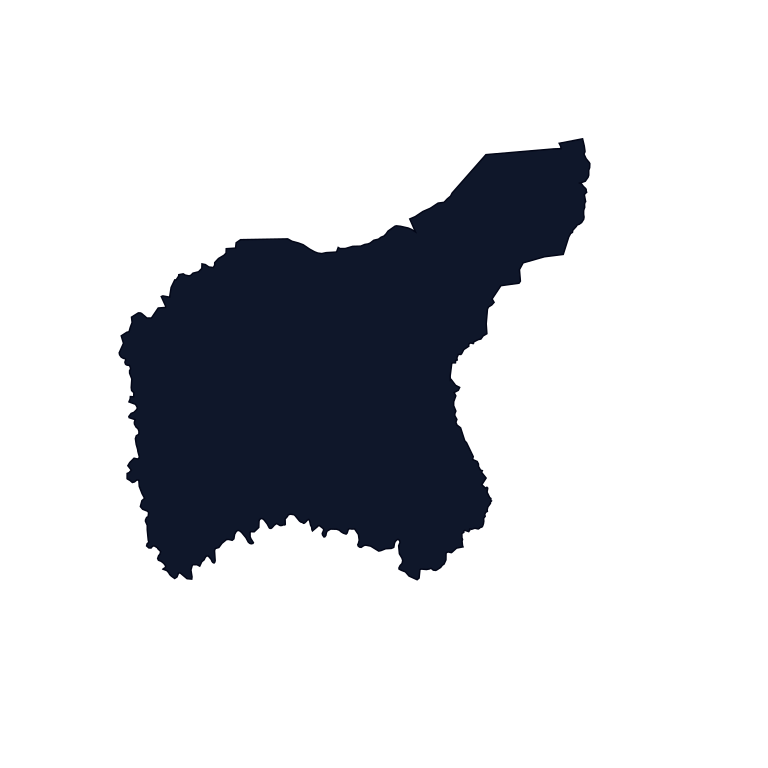 the district of Otzoloapan, México, Mexico, rotated 335°
{"feature_id": "50627088B59132907340697", "entity_name": "Otzoloapan", "entity_type": "district", "adm_level": 2, "iso_a3": "MEX", "parent_name": "Mexico", "parent_adm1": "México", "projection": "natural_earth1", "projection_center": [-100.312, 19.099], "detail": "fine", "context": "isolated", "style": "filled", "palette": "ink", "viewbox_px": 768, "rotation_deg": 335, "n_neighbors": 0, "source": "geoboundaries", "source_scale": "gbopen_adm2", "svg_char_len": 6171}
<svg xmlns="http://www.w3.org/2000/svg" viewBox="0 0 768 768"><g transform="rotate(335 384 384)"><path d="M644.5,239.9L644.6,243.3L643.9,245.5L637.3,242.7L573.3,219.2L526.5,239.7L523.7,241.9L519.8,242.9L515.2,244.7L509.5,242.9L500.2,244.3L492.2,244.1L482.9,245.5L477.1,245.3L476.8,259.4L474.2,255.5L471.9,252.9L465.7,248.1L462.1,245.9L460.7,245.6L452.3,247.1L449.4,248.8L446.5,249.9L443.3,249.7L440.2,250.4L435.5,249.4L431.1,250.4L428.8,250.3L425.5,249.4L421.1,249.2L413.8,246.0L406.3,244.9L401.4,242.7L400.2,240.9L397.1,244.0L396.1,244.1L387.1,240.5L382.7,239.5L379.3,237.3L376.9,234.8L373.6,230.3L369.6,223.6L366.0,220.0L360.9,215.7L358.1,211.8L315.0,192.6L309.7,193.5L306.9,198.1L298.2,194.7L296.2,198.6L293.3,199.7L287.1,200.3L281.9,202.4L280.7,204.8L278.5,206.3L274.7,203.9L272.6,200.3L269.8,198.2L267.7,202.3L263.3,203.9L257.7,202.8L255.1,203.8L253.1,203.7L249.9,201.3L248.6,199.3L244.2,198.2L243.5,199.4L239.6,201.8L238.4,201.2L231.9,206.5L226.4,214.7L220.8,210.7L219.1,210.6L219.0,221.1L218.4,222.3L211.5,219.7L201.1,225.9L197.0,224.0L194.1,217.6L193.2,216.6L191.4,215.7L183.4,216.7L181.7,221.8L178.1,225.3L175.0,228.9L172.8,228.4L166.2,229.3L165.1,237.0L157.2,243.8L156.7,245.8L157.2,248.6L158.6,250.6L160.0,251.5L160.2,252.8L158.4,254.7L158.1,256.6L158.6,257.8L160.2,259.1L161.0,259.1L161.2,261.0L160.7,263.3L159.1,264.3L158.0,266.7L157.6,272.8L153.4,280.4L152.5,283.3L153.6,286.1L151.8,289.8L148.8,288.2L147.6,290.3L145.3,292.4L150.1,297.3L150.4,299.2L150.4,301.0L150.1,301.8L148.7,302.8L145.4,304.0L142.4,303.8L139.0,305.6L138.8,306.8L143.4,311.1L141.6,313.1L140.9,314.8L141.1,318.4L142.1,320.4L142.0,323.0L140.9,325.5L139.6,326.1L137.7,326.2L135.6,328.4L133.9,334.0L133.1,339.0L132.4,341.3L131.5,346.5L130.3,347.8L128.9,347.8L126.1,345.6L120.4,347.7L117.3,349.8L118.6,355.3L115.4,356.6L113.4,356.5L111.2,361.1L111.2,361.5L113.0,364.0L114.3,366.9L116.5,367.3L119.5,366.5L121.1,367.7L118.9,373.4L118.4,381.1L118.7,386.4L115.3,387.4L111.4,392.1L112.3,395.5L116.0,399.4L116.3,401.1L114.1,404.6L112.5,404.6L110.4,406.4L109.8,407.6L109.7,412.0L107.8,416.1L104.3,426.0L104.0,428.0L101.8,428.7L100.4,430.4L101.6,433.2L103.6,434.2L104.3,433.7L106.6,433.2L107.6,433.9L109.5,436.8L109.4,437.6L110.8,441.5L108.9,443.6L107.2,444.3L105.1,446.5L105.1,448.4L107.1,450.5L108.6,453.5L109.2,456.5L109.0,457.1L107.6,458.1L105.9,458.1L105.4,458.4L108.3,461.3L109.1,463.9L109.3,466.2L110.1,468.3L112.1,471.8L114.8,471.4L117.8,468.6L119.4,469.0L123.2,477.2L127.3,479.6L128.5,477.7L130.4,471.0L133.5,467.4L134.7,467.1L138.2,468.8L140.0,471.2L143.7,468.1L146.7,467.3L148.2,466.0L150.1,464.9L152.0,465.5L153.3,470.2L153.1,471.5L153.4,473.3L154.3,474.4L155.3,474.0L156.3,472.8L160.0,463.4L161.6,461.8L165.2,462.4L169.8,459.9L175.6,458.4L177.6,459.3L180.4,461.5L182.5,460.9L185.1,457.1L187.5,455.4L188.5,455.0L189.8,455.0L190.5,455.5L191.2,456.2L192.2,458.3L193.9,464.9L194.2,470.0L195.0,471.7L196.1,472.7L197.8,473.1L198.6,472.6L198.0,468.1L198.1,465.9L199.8,462.1L200.7,461.5L203.9,463.1L209.9,461.1L212.7,455.6L213.8,454.4L215.6,453.9L217.0,454.8L217.9,456.6L219.0,461.5L219.2,465.8L219.6,466.6L220.6,467.1L221.9,466.9L225.1,465.5L227.8,465.1L229.8,468.1L230.6,468.7L231.9,469.1L232.9,469.0L234.6,469.8L235.2,469.5L237.3,464.6L240.4,463.3L242.0,462.1L244.3,462.5L247.1,464.4L247.7,465.4L249.5,472.5L250.4,474.1L252.0,475.3L252.0,476.1L252.5,476.4L253.4,476.4L255.8,475.6L256.0,475.2L257.9,474.8L258.6,475.0L258.7,476.8L257.8,480.8L257.9,483.3L257.1,485.5L257.1,486.9L263.7,485.1L264.3,484.6L265.6,485.0L268.0,489.7L267.3,491.2L264.9,493.3L264.5,494.8L264.9,497.2L265.7,497.5L267.3,496.7L268.9,494.5L270.3,493.3L274.3,492.9L279.7,495.6L281.7,497.6L282.7,499.9L284.1,502.0L286.2,504.0L287.6,503.5L290.0,500.9L291.5,500.5L293.6,501.9L296.1,502.9L297.2,509.6L295.5,515.1L293.4,517.7L292.4,518.4L292.1,519.8L292.9,521.5L294.3,522.4L297.5,521.9L299.3,522.3L303.4,525.3L308.6,533.2L310.8,533.7L315.9,534.0L321.1,536.1L323.2,536.2L323.9,536.1L326.1,532.9L327.5,531.6L329.6,530.7L331.0,530.7L332.0,532.3L331.6,534.3L328.9,536.8L326.2,544.4L326.7,549.2L326.4,551.8L324.5,554.3L321.9,555.3L319.8,557.0L319.4,558.1L321.0,560.2L324.0,563.3L325.5,568.6L331.3,575.4L333.8,574.7L338.0,567.6L338.8,567.3L339.8,567.6L344.1,570.1L347.0,570.8L348.8,570.9L350.0,573.5L352.1,574.8L353.2,574.8L357.8,574.2L360.3,572.9L362.3,572.6L365.8,569.6L368.7,563.6L369.8,563.2L371.2,563.3L373.7,565.3L374.6,565.2L380.4,563.4L386.8,565.0L386.9,563.6L388.3,559.5L389.5,558.1L389.7,556.2L391.4,552.4L393.6,552.2L394.1,551.0L395.5,550.8L398.4,553.6L400.1,552.6L400.1,551.8L400.9,551.6L402.0,552.7L404.8,553.0L405.8,553.4L408.1,555.2L409.6,555.1L410.2,554.7L412.3,555.0L413.4,554.4L415.1,552.6L416.5,550.5L417.5,547.9L419.8,546.7L420.2,544.7L421.9,543.3L423.9,543.1L424.4,541.5L426.2,539.3L430.0,537.2L430.1,536.7L430.7,536.0L432.0,535.4L431.6,534.7L432.5,532.9L431.8,531.6L431.7,525.6L434.0,522.2L433.6,521.1L432.0,521.3L430.1,516.6L436.8,512.4L435.1,505.3L436.5,504.1L435.1,502.8L434.8,498.7L435.8,496.4L435.7,493.6L432.4,489.8L434.2,487.5L434.0,472.0L433.2,469.6L434.9,456.1L432.8,452.0L433.0,449.0L435.1,446.9L434.8,442.8L435.5,441.0L437.7,438.9L438.0,433.0L439.7,429.5L444.1,425.1L443.9,421.4L448.7,421.1L451.1,419.1L448.3,415.4L446.8,408.3L445.8,408.5L447.3,404.8L454.1,394.0L455.0,393.8L457.7,395.0L458.9,393.0L460.5,393.2L461.1,391.1L463.9,388.6L466.2,389.7L467.1,389.4L470.9,386.5L476.8,385.6L477.5,383.8L479.8,383.3L481.9,385.1L482.5,384.8L482.9,383.8L488.1,383.6L490.8,384.2L494.2,382.3L498.5,381.9L502.1,372.6L509.4,359.9L511.2,358.4L515.1,357.9L518.3,356.5L517.9,352.6L531.5,344.3L549.0,349.7L551.1,348.4L555.1,337.6L561.3,333.0L583.2,336.5L601.2,342.3L613.6,328.8L616.7,326.5L618.9,326.2L620.0,324.5L624.8,322.5L626.3,321.5L628.5,321.7L631.3,321.2L634.6,319.1L635.9,317.2L636.6,314.7L637.8,312.1L638.6,310.7L640.6,308.7L641.6,306.1L642.3,305.1L642.9,304.3L643.8,304.0L645.6,297.0L648.8,295.8L648.7,294.9L649.4,293.3L649.4,292.2L648.2,289.1L647.6,286.2L646.4,284.7L652.1,285.3L656.4,282.8L657.8,281.3L659.9,276.8L661.8,274.9L663.7,271.2L663.6,269.9L662.4,265.2L662.4,260.6L662.6,259.9L664.3,258.5L664.7,257.5L666.1,252.9L667.6,245.7L644.5,239.9Z" fill="#0f172a" stroke="#020617" stroke-width="1.5"/></g></svg>